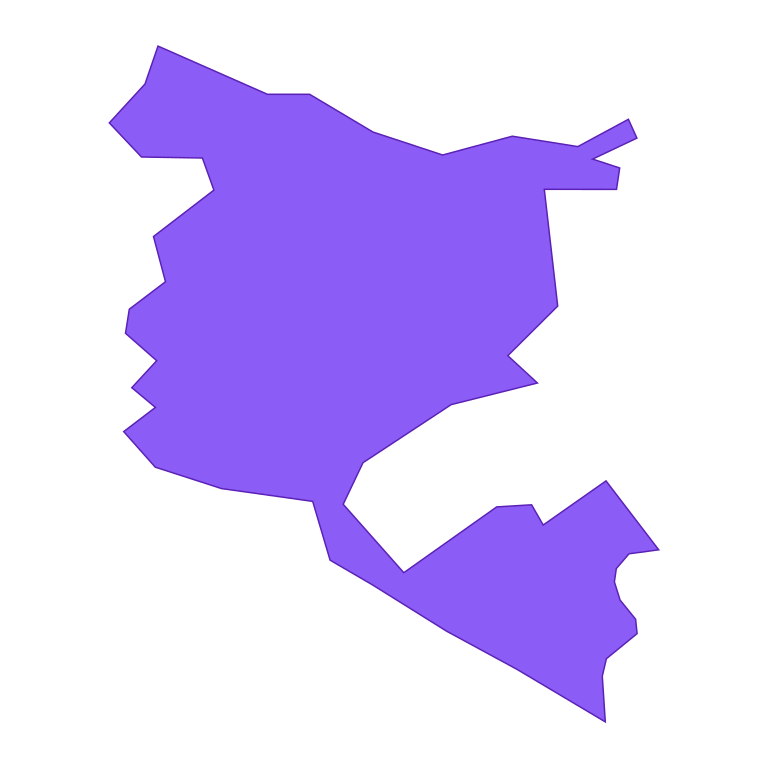 outline of Djalalkuduk, Andijon, Uzbekistan
{"feature_id": "79887680B24137157284199", "entity_name": "Djalalkuduk", "entity_type": "district", "adm_level": 2, "iso_a3": "UZB", "parent_name": "Uzbekistan", "parent_adm1": "Andijon", "projection": "albers", "projection_center": [72.656, 40.749], "detail": "fine", "context": "isolated", "style": "filled", "palette": "violet", "viewbox_px": 768, "rotation_deg": 0, "n_neighbors": 0, "source": "geoboundaries", "source_scale": "gbopen_adm2", "svg_char_len": 788}
<svg xmlns="http://www.w3.org/2000/svg" viewBox="0 0 768 768"><path d="M131.8,387.7L155.4,407.4L123.7,431.6L155.3,467.2L221.6,488.6L312.7,501.4L330.1,560.2L372.0,584.6L446.6,631.2L516.7,669.2L605.3,721.9L602.3,676.1L606.4,658.7L637.1,633.6L635.6,619.2L620.1,600.1L614.4,581.9L616.3,568.6L629.0,553.8L658.7,549.8L606.0,480.9L543.2,525.0L531.6,504.8L496.7,506.9L403.8,572.7L343.2,504.3L363.0,462.7L451.2,404.6L537.4,383.0L507.8,355.7L557.7,306.1L544.3,189.3L616.5,189.4L619.7,168.0L592.6,159.1L636.9,138.1L628.4,119.3L577.8,146.6L512.3,136.2L442.6,155.0L372.9,132.0L309.6,94.3L267.4,94.3L158.0,46.1L145.0,84.0L109.3,122.9L141.5,157.0L202.4,158.0L213.9,190.1L153.5,236.5L165.5,281.7L129.3,309.2L125.5,333.3L156.7,360.7L131.8,387.7Z" fill="#8b5cf6" stroke="#5b21b6" stroke-width="1.5"/></svg>